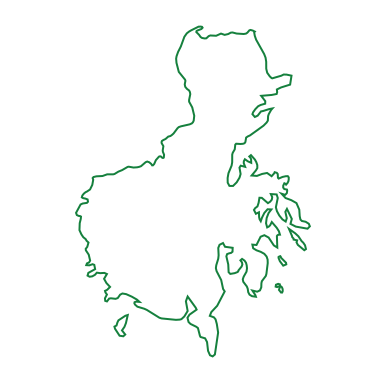 map outline of Hwanghae-namdo (Robinson projection), rotated 268°
{"feature_id": "PRK-3304", "entity_name": "Hwanghae-namdo", "entity_type": "Province", "adm_level": 1, "iso_a3": "PRK", "parent_name": "North Korea", "parent_adm1": "", "projection": "robinson", "projection_center": [125.529, 38.191], "detail": "fine", "context": "isolated", "style": "outline", "palette": "green", "viewbox_px": 384, "rotation_deg": 268, "n_neighbors": 0, "source": "natural_earth", "source_scale": "10m", "svg_char_len": 6008}
<svg xmlns="http://www.w3.org/2000/svg" viewBox="0 0 384 384"><g transform="rotate(268 192 192)"><path d="M350.1,260.4L349.4,259.7L345.9,260.2L342.0,261.4L327.4,268.9L323.7,270.2L319.5,270.7L312.6,270.5L308.6,271.3L304.8,273.8L303.1,275.5L302.8,276.2L305.1,285.3L306.2,287.7L306.0,290.7L304.8,295.5L295.9,293.8L293.4,284.7L291.5,280.4L288.8,280.6L287.0,280.0L286.2,274.9L285.7,264.5L280.2,268.4L277.7,268.2L276.6,263.7L275.4,261.1L272.6,258.2L269.6,255.9L267.7,255.1L264.8,257.4L266.0,260.3L270.1,263.7L270.5,266.0L272.2,272.1L272.7,275.3L271.2,273.9L267.1,271.4L265.2,270.7L260.7,270.3L258.8,269.0L255.8,265.8L246.5,251.9L245.6,249.7L244.5,248.0L240.1,247.1L238.9,246.2L238.4,244.6L238.3,242.0L238.7,237.8L237.8,236.9L233.1,236.2L229.8,234.1L228.0,233.5L220.3,233.2L217.0,232.5L209.5,229.1L204.8,228.1L200.1,228.0L196.8,229.6L196.6,233.2L200.1,237.0L204.7,240.0L208.3,241.2L214.7,240.3L216.6,241.6L215.3,246.0L219.1,244.7L221.0,244.9L222.9,246.0L220.7,248.9L219.1,252.2L222.6,252.2L224.0,251.7L225.5,250.5L226.8,252.2L222.2,256.0L219.6,257.3L216.6,258.2L213.6,258.1L211.3,256.6L206.4,252.2L205.8,257.4L207.6,262.7L208.4,267.7L205.0,272.1L207.8,274.8L208.9,275.3L208.2,277.4L207.0,278.3L203.2,278.4L202.4,279.1L203.9,283.0L204.5,286.3L204.5,288.3L203.2,289.2L201.2,289.1L199.4,288.7L197.7,287.8L196.1,286.3L196.9,285.8L197.5,284.6L195.2,283.4L193.2,283.3L191.7,284.4L191.1,287.0L189.9,287.2L187.5,286.7L185.9,285.0L187.2,281.4L182.7,285.3L180.4,290.9L177.3,296.0L170.6,298.6L164.1,298.8L160.7,299.4L159.2,300.8L158.3,304.5L156.2,307.6L153.6,308.6L151.3,306.2L153.8,294.5L156.7,289.3L161.6,290.8L171.8,286.3L168.9,284.6L162.5,285.8L159.2,284.6L161.5,281.4L165.5,278.4L169.9,276.2L173.8,275.3L183.0,277.5L186.6,276.5L187.2,270.7L184.1,272.0L181.6,271.5L179.6,269.8L178.2,267.5L183.7,261.6L183.9,259.2L178.9,258.2L175.3,256.9L173.7,254.6L171.9,253.3L168.0,255.1L169.4,258.2L164.6,258.2L162.4,258.6L160.4,259.7L164.0,261.1L168.6,263.6L172.1,266.9L171.8,270.7L168.3,267.8L163.4,265.7L158.2,264.9L154.0,265.9L154.8,267.6L156.0,268.9L159.2,270.7L153.3,275.4L149.7,277.5L146.3,278.4L146.3,277.0L145.8,275.9L145.0,275.3L133.5,275.3L135.8,271.9L143.8,267.0L146.3,262.8L144.9,259.0L136.8,254.6L137.3,250.5L133.6,251.2L131.5,254.4L129.8,258.6L127.7,262.1L124.9,264.3L121.8,265.2L118.3,265.2L107.6,263.5L105.5,262.8L100.4,258.7L98.5,258.2L94.3,257.9L91.3,256.5L90.1,253.7L91.4,248.9L86.8,251.7L85.1,252.2L85.8,248.3L87.4,245.9L89.9,244.7L93.4,244.3L95.7,243.5L100.5,240.1L103.0,239.7L105.6,240.7L110.5,243.7L113.8,244.3L116.8,244.1L119.4,243.5L121.6,242.1L123.4,239.7L122.0,238.0L119.9,239.5L117.8,239.8L115.8,239.0L111.9,235.6L111.0,235.4L110.4,234.7L109.4,231.8L108.8,227.4L110.6,225.8L118.3,225.7L126.5,224.1L128.7,224.9L129.4,226.9L129.8,229.0L130.9,230.4L134.8,230.7L136.1,223.1L139.9,221.2L138.3,217.7L135.2,216.3L127.8,216.4L124.4,215.9L118.0,213.7L115.1,213.2L112.1,213.8L103.0,218.1L94.0,219.7L91.5,221.2L77.4,213.2L71.3,207.1L67.6,205.5L66.0,209.5L63.9,211.1L59.2,212.2L50.6,213.2L28.8,209.2L27.0,206.9L28.2,204.3L32.7,202.5L41.5,201.8L45.3,200.0L46.8,195.5L48.0,194.9L55.8,193.2L57.2,191.5L60.2,185.9L62.2,184.0L66.5,183.1L69.5,185.2L74.3,192.5L76.2,191.7L87.7,184.0L83.0,182.1L73.2,183.5L67.9,180.0L65.3,177.0L64.9,175.3L64.8,171.5L66.7,157.2L67.5,155.0L75.7,142.8L77.0,140.2L79.3,133.4L81.5,131.1L82.9,130.5L83.9,130.8L84.4,132.4L84.0,135.7L86.4,133.2L89.5,128.2L92.2,122.7L93.0,118.9L91.9,116.6L88.6,114.1L87.9,111.9L88.6,107.3L88.4,105.5L85.6,103.2L86.2,101.5L88.8,101.3L92.5,103.4L94.6,102.0L96.2,101.6L97.2,103.8L100.0,106.8L104.0,103.3L108.3,101.1L113.0,104.1L114.2,101.6L114.1,97.4L114.7,94.1L112.6,92.1L111.2,89.4L110.9,86.7L112.1,84.7L114.8,85.6L118.3,92.5L122.6,91.8L123.3,90.1L122.3,86.8L122.6,83.8L124.3,84.5L125.2,86.7L127.0,87.8L133.0,86.6L137.4,83.9L138.9,83.8L140.8,85.4L145.1,86.8L147.0,84.9L148.6,84.1L150.6,81.8L153.5,80.0L157.8,78.2L164.8,78.7L169.0,79.9L171.3,80.2L171.8,79.4L172.1,77.8L173.0,76.1L175.2,75.4L183.4,80.2L184.3,82.3L184.8,86.6L185.9,87.7L188.2,87.4L189.1,85.3L189.7,82.9L190.5,81.7L192.3,82.3L194.1,83.8L195.5,85.6L196.1,87.0L198.1,90.2L202.6,92.6L207.7,93.7L209.4,93.2L210.4,94.1L211.0,97.0L211.1,103.1L212.6,107.8L212.4,113.8L212.7,115.2L214.9,119.1L216.3,122.9L219.3,128.5L219.5,129.6L218.5,134.4L218.6,138.0L219.0,140.2L219.6,142.0L223.4,146.7L224.0,148.3L223.2,150.3L221.5,152.2L220.0,153.1L220.0,153.9L221.3,155.2L225.1,157.0L228.5,160.2L228.8,161.3L228.6,162.1L227.3,163.4L227.0,164.2L227.4,165.0L230.2,165.4L233.2,164.3L234.7,164.2L238.8,165.0L241.8,163.4L242.9,163.3L244.0,163.7L244.9,165.1L245.9,167.4L248.2,170.2L248.7,172.4L249.7,173.9L251.1,175.6L256.2,179.7L257.3,181.0L258.0,183.2L259.7,192.1L260.6,194.3L261.7,195.4L263.3,196.2L268.1,196.9L276.5,195.2L282.3,192.3L284.0,192.3L289.9,193.7L291.9,193.4L293.5,192.7L295.3,190.5L297.4,188.9L299.8,188.5L303.3,189.3L304.5,189.0L312.5,183.0L321.6,181.0L325.8,180.8L328.2,181.3L332.5,183.0L337.8,185.9L347.4,189.8L350.7,192.3L352.4,194.6L353.6,196.8L357.0,204.3L357.0,206.5L356.7,207.8L355.8,208.3L354.6,207.1L353.1,202.8L352.6,202.1L351.7,201.9L348.9,204.5L346.6,206.0L345.6,207.4L345.0,210.1L345.1,211.7L347.2,214.1L347.8,215.8L347.3,221.6L349.3,226.5L347.9,230.1L348.6,233.7L349.9,236.3L350.0,238.1L348.8,242.1L348.1,249.2L348.4,251.5L349.3,252.9L351.6,255.0L351.9,256.2L351.2,258.4L350.1,260.4ZM66.3,114.0L70.6,121.0L71.3,123.5L63.3,121.4L59.6,119.8L56.1,117.2L51.9,120.3L50.2,118.3L50.9,114.6L58.0,110.3L60.2,109.8L61.2,111.9L64.2,112.9L66.3,114.0ZM144.6,290.4L151.8,287.6L147.1,293.7L144.0,296.8L139.0,299.9L137.5,301.4L134.8,303.1L131.0,303.9L129.9,302.2L135.5,295.9L138.1,294.7L140.0,295.4L140.9,291.9L141.9,291.9L143.4,290.6L144.6,290.4ZM116.4,283.7L115.2,280.6L119.8,277.4L123.1,276.2L124.0,276.2L124.5,277.0L124.8,278.0L124.3,278.4L123.3,278.6L118.0,283.5L116.4,283.7ZM94.5,272.3L96.4,272.7L97.2,274.9L96.6,276.6L95.6,276.5L93.6,278.6L91.8,279.2L89.8,279.2L88.4,278.6L88.4,277.5L91.1,275.5L93.6,276.4L94.1,276.2L94.5,274.8L94.0,273.7L94.5,272.3Z" fill="none" stroke="#15803d" stroke-width="2"/></g></svg>